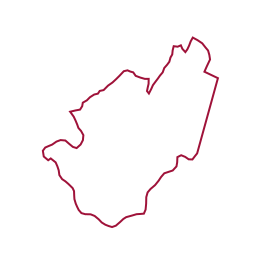 Aiquara, Bahia, Brazil (Robinson projection), rotated 190°
{"feature_id": "56859067B38822529234338", "entity_name": "Aiquara", "entity_type": "district", "adm_level": 2, "iso_a3": "BRA", "parent_name": "Brazil", "parent_adm1": "Bahia", "projection": "robinson", "projection_center": [-39.869, -14.097], "detail": "fine", "context": "isolated", "style": "outline", "palette": "rose", "viewbox_px": 256, "rotation_deg": 190, "n_neighbors": 0, "source": "geoboundaries", "source_scale": "gbopen_adm2", "svg_char_len": 1630}
<svg xmlns="http://www.w3.org/2000/svg" viewBox="0 0 256 256"><g transform="rotate(190 128 128)"><path d="M201.0,82.4L198.8,84.6L193.3,81.6L190.9,78.0L188.9,74.3L187.4,69.7L184.0,66.2L180.4,64.6L176.9,62.5L172.1,59.2L170.2,56.5L169.2,51.9L168.4,48.6L166.3,44.4L164.5,41.7L162.3,38.7L159.1,36.1L155.2,35.7L149.8,36.5L145.6,35.6L141.0,33.0L137.5,30.4L133.5,28.8L130.0,28.1L126.5,27.7L123.0,29.7L119.4,34.1L116.8,37.6L114.3,39.9L108.8,42.5L104.6,44.6L100.9,45.5L97.5,46.4L96.5,50.7L97.0,56.7L98.0,63.1L97.5,68.0L95.2,71.9L91.4,76.5L88.7,81.4L86.9,85.5L84.4,89.7L80.7,91.7L76.6,93.9L73.6,98.6L73.6,102.7L74.3,107.9L70.9,110.4L66.7,109.5L62.8,107.7L59.1,108.2L57.2,111.9L55.5,115.0L48.1,192.7L62.5,196.7L61.1,202.4L59.1,209.7L60.6,214.1L62.6,218.2L65.7,220.8L69.6,224.3L74.8,226.6L79.9,228.3L81.3,224.2L82.1,219.9L83.2,215.8L84.7,212.7L88.2,215.4L90.3,218.6L93.2,216.7L97.2,216.5L97.5,212.3L97.2,208.1L98.4,204.8L98.8,200.4L100.5,197.0L102.7,193.4L103.5,188.8L105.6,185.2L107.2,181.8L108.7,178.9L110.9,174.5L111.8,170.8L113.4,165.6L115.7,167.7L115.6,171.4L115.4,175.1L116.2,180.0L119.9,179.3L124.6,179.8L129.5,180.7L132.5,183.7L135.6,184.0L138.5,184.7L142.0,183.2L145.4,178.0L148.3,173.9L151.2,170.1L155.0,166.3L158.6,161.1L162.3,159.6L163.6,156.6L167.1,155.1L170.8,151.7L173.3,148.1L176.9,145.1L176.9,141.5L178.4,137.8L182.7,136.2L187.8,134.0L183.4,129.7L180.8,126.0L178.5,122.4L176.9,119.5L173.7,116.9L170.7,113.2L170.3,108.2L171.8,103.5L175.1,99.3L179.0,99.8L183.2,102.2L187.5,104.8L192.3,104.4L196.1,102.2L199.8,98.5L203.1,96.4L206.1,94.4L207.9,90.8L206.0,85.3L201.0,82.4Z" fill="none" stroke="#9f1239" stroke-width="2"/></g></svg>